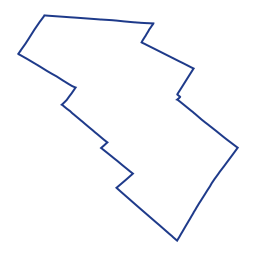 Ghergheasa, Buzau, Romania
{"feature_id": "2599482B37895514994023", "entity_name": "Ghergheasa", "entity_type": "district", "adm_level": 2, "iso_a3": "ROU", "parent_name": "Romania", "parent_adm1": "Buzau", "projection": "robinson", "projection_center": [27.182, 45.278], "detail": "fine", "context": "isolated", "style": "outline", "palette": "blue", "viewbox_px": 256, "rotation_deg": 0, "n_neighbors": 0, "source": "geoboundaries", "source_scale": "gbopen_adm2", "svg_char_len": 2855}
<svg xmlns="http://www.w3.org/2000/svg" viewBox="0 0 256 256"><path d="M116.6,187.9L117.6,188.8L121.3,192.1L137.3,206.1L155.2,221.6L159.2,225.0L167.4,232.2L167.5,232.2L168.3,233.0L172.0,236.1L173.1,237.2L175.9,239.6L177.1,240.6L177.4,240.1L178.8,237.8L179.5,236.7L181.0,234.0L182.4,231.7L185.0,227.2L186.7,224.3L187.5,223.0L189.0,220.4L189.6,219.5L191.3,216.5L193.1,213.5L193.5,212.8L193.5,212.6L194.5,211.0L195.4,209.6L196.5,207.6L197.5,206.0L198.7,204.0L199.3,203.0L200.7,200.9L201.5,199.6L205.0,194.1L207.3,190.4L210.0,186.3L210.5,185.4L211.6,183.4L214.7,178.8L215.9,177.2L218.3,173.9L219.8,171.7L224.2,166.0L226.7,162.6L228.5,160.2L230.8,157.1L233.1,154.0L237.7,147.7L236.2,146.6L233.8,144.8L230.1,142.0L228.5,140.8L226.4,139.2L223.1,136.6L219.4,133.6L216.2,131.0L213.4,128.8L211.5,127.3L209.8,126.0L208.2,124.7L204.9,122.2L203.8,121.3L202.4,120.2L201.3,119.3L194.5,113.4L194.4,113.4L193.4,112.5L192.5,111.7L191.4,110.9L182.3,103.5L180.2,101.8L178.4,100.4L177.5,99.7L177.2,99.6L178.9,98.2L179.8,97.3L180.0,97.1L180.1,96.9L179.9,96.6L179.5,96.3L177.4,94.6L177.3,94.4L177.6,93.8L182.0,86.9L186.9,79.1L188.6,76.4L189.6,74.8L193.6,68.5L191.3,67.4L182.5,62.9L179.4,61.4L167.5,55.4L153.6,48.4L147.8,45.5L146.4,44.8L144.7,43.9L142.7,43.0L141.6,42.4L142.4,40.8L143.0,39.8L144.9,36.8L145.4,36.1L146.6,34.0L148.2,31.4L148.7,30.5L149.1,29.7L150.5,27.7L151.0,27.0L152.0,25.5L152.2,25.3L152.8,24.4L153.1,24.0L153.4,23.5L153.4,23.4L153.0,23.4L152.8,23.4L151.7,23.3L150.4,23.3L148.7,23.2L148.1,23.2L146.8,23.1L146.5,23.1L146.1,23.1L143.9,23.0L142.5,22.9L140.4,22.8L139.7,22.7L136.7,22.5L135.8,22.4L134.0,22.3L124.0,21.4L116.7,20.6L112.2,20.2L105.9,19.8L102.4,19.6L102.2,19.6L101.2,19.5L100.2,19.5L99.2,19.4L86.0,18.4L75.2,17.6L70.4,17.3L65.0,16.9L48.0,15.7L44.4,15.4L43.9,16.3L40.5,20.9L40.2,21.2L34.5,29.5L28.0,39.8L26.8,41.6L26.5,42.1L25.8,43.2L25.7,43.3L25.6,43.5L24.9,44.5L20.4,50.8L20.4,51.0L20.2,51.1L19.7,51.9L19.0,52.9L18.3,53.9L18.6,54.2L19.0,54.4L21.1,55.5L22.1,56.1L27.6,59.2L40.5,66.9L46.9,70.9L51.7,73.7L56.6,76.4L63.1,80.6L68.6,84.0L72.0,86.0L74.7,87.2L75.6,87.5L71.5,93.5L70.1,95.3L69.2,96.5L66.7,100.0L64.4,102.3L62.5,104.1L61.8,104.7L62.0,104.8L62.8,105.4L63.6,106.0L64.0,106.4L64.3,106.7L64.6,106.9L64.7,107.0L64.9,107.1L65.1,107.3L65.3,107.5L65.6,107.7L66.4,108.4L67.2,109.0L67.7,109.4L68.2,109.7L69.2,110.5L69.7,110.8L69.9,111.0L70.1,111.1L70.3,111.3L71.0,112.0L71.9,112.9L72.7,113.6L74.1,114.7L74.9,115.4L78.5,118.4L80.3,119.9L81.1,120.6L81.4,120.8L82.4,121.6L84.8,123.7L89.2,127.4L91.5,129.3L92.5,130.1L95.1,132.4L97.0,133.9L102.1,138.2L103.9,139.7L107.1,142.2L107.4,142.4L107.3,142.5L106.7,143.0L105.7,143.9L104.3,145.2L101.1,148.0L107.7,153.2L114.5,158.7L117.3,160.9L122.3,165.1L129.8,171.2L132.9,173.6L126.6,179.2L125.2,180.4L125.1,180.5L123.9,181.5L117.7,186.8L116.5,187.8L116.6,187.9Z" fill="none" stroke="#1e3a8a" stroke-width="2"/></svg>